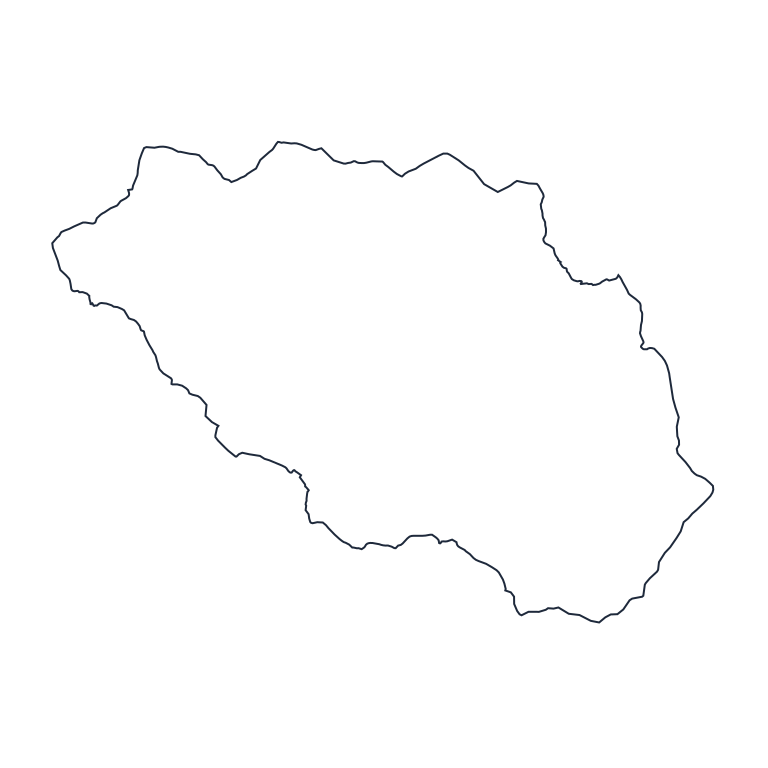 Ciuruleasa, Alba, Romania, rotated 176°
{"feature_id": "2599482B18956388215325", "entity_name": "Ciuruleasa", "entity_type": "district", "adm_level": 2, "iso_a3": "ROU", "parent_name": "Romania", "parent_adm1": "Alba", "projection": "albers", "projection_center": [23.018, 46.247], "detail": "fine", "context": "isolated", "style": "outline", "palette": "slate", "viewbox_px": 768, "rotation_deg": 176, "n_neighbors": 0, "source": "geoboundaries", "source_scale": "gbopen_adm2", "svg_char_len": 6124}
<svg xmlns="http://www.w3.org/2000/svg" viewBox="0 0 768 768"><g transform="rotate(176 384 384)"><path d="M705.1,547.6L704.8,542.8L700.9,529.9L699.8,524.2L698.9,520.3L693.6,514.6L690.7,510.9L690.2,509.3L689.7,505.7L689.3,500.5L688.5,499.1L687.5,498.4L686.1,498.1L683.4,498.3L682.4,497.9L681.6,496.8L678.2,496.7L674.1,494.9L671.8,492.4L672.0,491.5L671.8,489.0L671.1,485.6L671.2,484.3L670.7,484.0L670.0,484.8L669.4,484.9L668.5,483.1L668.4,482.6L667.7,482.1L666.8,482.5L664.9,482.3L662.4,484.1L661.4,484.4L660.1,484.5L655.3,483.6L650.2,481.5L648.3,480.0L644.5,479.3L640.2,477.1L638.1,475.6L633.9,467.3L632.0,466.4L629.0,465.3L627.0,463.7L625.3,461.4L623.7,458.8L623.0,455.7L622.5,454.5L620.1,453.4L619.8,453.0L619.3,449.2L617.7,444.6L615.3,439.1L612.6,433.9L611.9,432.0L610.0,428.6L609.5,426.5L608.9,422.7L608.2,420.2L607.4,415.8L606.8,414.2L603.4,410.0L596.0,404.5L595.4,403.3L595.3,402.6L596.0,398.9L595.2,398.4L590.2,398.0L585.5,396.4L581.7,393.5L579.9,391.5L578.8,388.2L575.9,386.7L570.6,385.0L568.2,383.1L562.5,375.5L564.3,364.5L558.3,358.0L552.1,353.8L553.6,352.0L555.8,344.5L555.9,342.7L553.4,339.0L547.1,331.7L544.0,328.3L537.2,322.0L536.2,321.9L533.6,324.1L530.2,325.3L523.3,323.3L512.7,320.9L508.4,317.7L503.7,315.9L491.5,309.8L488.2,307.8L487.1,306.6L485.6,304.0L484.2,302.5L483.3,302.1L482.3,302.1L480.7,303.9L479.7,304.4L479.1,304.0L478.5,303.1L477.1,302.1L473.1,298.8L474.5,296.8L469.9,289.6L469.7,288.8L469.8,287.3L468.9,286.5L466.5,283.3L467.3,282.2L467.8,281.9L468.3,280.1L469.3,274.9L469.4,272.8L470.2,271.1L470.6,269.3L470.1,268.1L471.0,263.6L468.3,259.4L468.0,255.0L467.2,251.5L466.4,250.6L464.9,250.1L460.2,250.8L454.7,250.1L451.7,247.2L449.5,244.1L443.8,237.3L439.2,232.5L437.0,230.5L435.2,229.1L433.3,228.3L429.9,226.2L427.1,223.1L425.9,223.0L422.4,222.0L420.9,222.0L417.8,220.8L415.4,222.2L414.5,223.0L413.2,224.9L411.8,225.9L410.3,226.3L408.9,226.4L406.6,226.2L399.9,224.5L398.0,223.7L396.0,223.1L393.7,222.7L391.3,222.6L387.7,221.2L385.2,219.6L383.8,219.4L381.2,221.8L378.5,222.3L376.5,223.6L371.5,228.3L369.1,230.0L367.1,230.5L364.8,230.5L356.3,229.9L353.1,229.9L348.6,230.4L346.6,230.3L343.1,227.5L341.6,226.0L340.4,224.3L340.1,221.5L339.2,221.1L338.2,221.8L337.6,222.8L335.8,222.9L333.7,222.6L331.8,222.7L326.9,224.0L322.7,221.1L322.6,219.8L322.1,218.1L321.3,216.9L319.8,215.7L315.1,212.8L314.1,211.5L310.2,208.3L306.9,204.2L304.6,202.2L302.0,200.8L294.7,197.5L289.1,193.7L284.7,190.4L282.6,188.0L279.0,180.6L277.8,176.4L276.9,171.1L277.4,169.6L272.0,167.3L269.1,162.8L269.5,155.5L267.0,148.3L264.8,144.8L262.9,143.7L255.7,146.7L245.3,145.9L238.3,147.5L236.0,148.9L230.5,148.1L225.6,148.9L215.7,141.9L205.1,139.9L194.2,133.3L186.0,131.1L179.5,135.8L173.9,138.3L167.2,138.1L161.0,142.4L154.1,151.1L151.4,152.6L141.3,153.8L140.1,154.7L137.8,165.6L136.8,167.1L132.3,171.7L124.7,177.8L123.5,179.6L122.1,187.2L115.6,196.0L110.0,201.1L102.8,210.1L98.3,216.3L94.7,225.3L89.9,228.7L85.5,233.2L80.8,236.7L73.7,242.6L66.3,249.4L63.9,252.8L62.9,255.6L63.0,259.4L66.0,262.8L70.2,267.0L74.2,269.5L78.3,271.2L80.5,273.0L83.0,275.8L84.5,278.8L88.7,285.1L94.8,292.7L96.0,294.5L96.5,298.9L93.9,302.8L93.7,307.0L95.0,311.4L94.9,320.9L92.3,330.2L94.9,340.1L96.7,349.0L98.5,370.6L98.8,374.8L100.4,382.7L102.2,387.4L104.7,391.5L111.9,400.3L114.1,401.1L116.2,401.4L118.0,401.0L119.2,400.3L122.3,400.5L123.4,401.1L124.9,402.8L125.0,403.6L124.5,404.5L122.5,406.7L122.2,407.4L122.3,408.4L124.3,413.7L125.1,416.8L124.8,418.2L124.4,419.1L123.5,425.0L122.3,428.8L121.5,435.9L121.7,437.5L122.7,439.7L122.7,442.1L122.5,444.4L122.8,446.2L123.5,447.5L126.7,450.9L132.4,455.8L133.6,457.1L135.0,460.9L138.9,469.2L139.9,471.8L141.2,474.3L142.6,476.2L143.9,474.0L145.4,472.8L152.2,471.5L154.0,472.7L154.9,472.9L159.3,470.9L161.5,469.4L162.5,469.0L165.9,468.2L167.1,468.3L168.6,468.1L169.6,469.1L170.1,469.4L172.9,469.4L174.6,470.3L180.6,470.0L180.8,470.4L179.6,471.9L179.6,472.4L179.9,472.8L181.7,473.2L183.4,472.9L184.5,473.1L187.4,474.2L189.3,475.6L190.0,476.9L192.0,481.5L193.4,483.1L193.7,484.0L193.8,486.1L194.3,486.7L196.4,487.4L197.8,488.6L199.7,492.1L199.8,493.1L199.3,493.4L201.7,495.3L201.4,495.7L201.9,497.0L203.9,500.3L204.6,502.3L205.4,507.4L208.8,510.4L213.2,513.0L214.2,514.4L214.9,516.0L214.9,517.7L213.8,519.4L212.5,521.1L211.8,524.2L211.6,527.8L212.1,530.9L212.0,534.3L212.6,535.7L212.8,536.5L213.8,538.5L214.1,541.1L214.0,543.0L214.4,546.4L214.9,547.8L215.1,552.3L214.0,554.2L213.2,556.9L211.7,559.6L211.7,560.5L211.9,562.0L212.4,563.4L214.8,568.2L216.1,571.1L217.6,573.0L225.7,574.0L237.2,577.3L240.1,575.8L243.8,573.3L246.7,571.9L257.1,567.6L270.2,576.4L279.8,590.5L284.6,593.6L287.9,596.3L293.9,601.9L302.3,608.1L304.7,609.4L308.8,609.7L313.5,607.9L329.1,601.1L333.1,599.1L337.3,596.5L344.6,594.3L348.4,592.3L351.4,589.8L352.1,589.9L353.8,590.9L356.5,592.6L359.5,595.2L364.5,600.1L367.4,602.6L369.4,605.4L370.1,606.0L379.7,607.0L381.3,606.9L386.2,606.0L388.5,605.8L391.2,606.0L393.7,606.3L395.1,606.8L397.3,608.2L398.6,608.4L401.7,607.2L404.5,607.0L407.0,606.5L408.8,606.7L418.6,610.6L430.0,623.5L432.3,623.1L435.8,622.1L437.2,622.3L439.1,622.9L449.7,628.4L454.3,630.1L456.7,630.4L459.8,630.4L467.3,632.0L469.4,631.8L471.7,632.7L472.9,632.9L474.6,631.2L478.1,626.5L479.3,625.3L482.1,623.5L491.8,616.1L496.6,607.9L500.7,605.8L505.9,602.9L507.1,601.8L509.2,600.7L512.5,599.7L516.4,597.8L522.2,596.1L524.4,598.3L528.7,599.7L529.5,600.3L530.6,601.4L532.1,604.6L535.4,608.8L537.9,612.7L538.9,613.7L540.2,614.3L543.9,615.1L544.7,615.8L546.0,617.7L549.0,620.8L552.5,625.1L555.8,626.2L561.6,627.2L570.7,629.8L573.1,630.0L578.8,633.5L582.8,635.0L585.2,635.7L587.9,636.2L591.6,636.3L596.5,635.7L604.5,636.9L606.9,636.1L609.5,631.0L612.4,624.3L614.7,614.4L615.0,611.7L615.5,609.4L620.5,599.4L621.3,596.3L621.7,595.7L625.7,595.4L625.1,592.8L625.0,591.4L625.2,590.2L625.9,589.3L628.4,587.4L633.4,585.1L634.3,584.5L637.1,581.3L638.1,580.5L644.4,578.4L650.9,574.7L652.8,573.9L655.0,572.6L658.9,569.4L660.6,565.6L661.4,564.9L662.8,564.4L663.9,564.4L670.5,565.9L673.0,566.1L682.2,562.8L687.2,560.7L692.0,559.3L695.2,558.1L696.2,556.9L697.8,554.3L699.6,553.1L705.1,547.6Z" fill="none" stroke="#1e293b" stroke-width="2"/></g></svg>